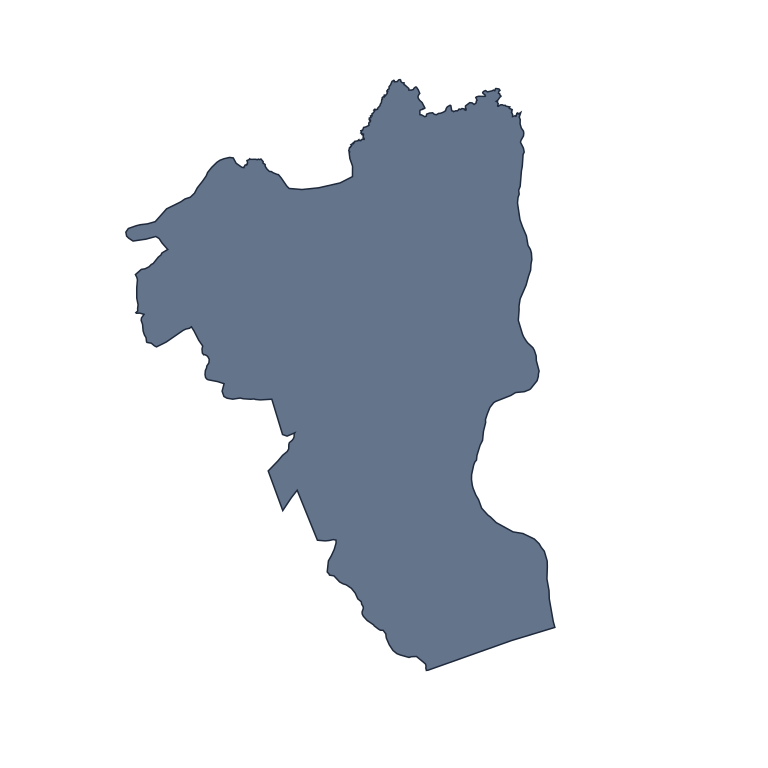 outline of Nandom, Upper West, Ghana, rotated 162°
{"feature_id": "2480657B7958262081913", "entity_name": "Nandom", "entity_type": "district", "adm_level": 2, "iso_a3": "GHA", "parent_name": "Ghana", "parent_adm1": "Upper West", "projection": "mercator", "projection_center": [-2.792, 10.867], "detail": "fine", "context": "isolated", "style": "filled", "palette": "slate", "viewbox_px": 768, "rotation_deg": 162, "n_neighbors": 0, "source": "geoboundaries", "source_scale": "gbopen_adm2", "svg_char_len": 6167}
<svg xmlns="http://www.w3.org/2000/svg" viewBox="0 0 768 768"><g transform="rotate(162 384 384)"><path d="M430.4,98.2L342.0,100.6L296.7,99.7L296.4,105.9L293.2,128.6L290.9,136.5L289.3,148.2L285.2,159.5L283.5,165.2L283.2,175.4L284.9,180.0L285.8,184.1L288.9,190.1L298.1,198.9L307.0,203.5L320.1,217.5L323.9,224.7L325.7,227.2L329.5,235.7L329.8,244.8L331.0,250.1L331.5,257.3L331.3,260.5L330.3,266.1L328.7,270.7L323.7,279.3L321.6,281.8L319.5,283.1L317.7,287.3L311.5,296.1L307.7,299.9L304.0,308.3L299.2,316.0L298.5,318.8L295.0,323.6L290.5,329.0L285.5,332.3L283.3,332.9L266.9,333.9L261.5,335.2L252.8,333.3L247.3,333.7L246.1,334.1L237.4,339.8L234.9,343.5L234.0,345.9L232.5,348.3L231.9,359.1L230.6,363.7L230.6,369.5L231.2,372.6L234.6,378.6L235.5,381.2L236.6,385.6L236.9,388.7L236.6,403.0L232.6,412.8L231.5,416.4L228.2,422.9L218.3,434.1L213.4,441.6L209.4,446.9L207.1,452.7L205.0,456.5L203.3,463.1L203.2,466.8L204.2,471.3L202.8,480.9L203.7,490.9L203.9,498.2L201.1,514.9L198.9,520.0L196.8,522.7L196.0,526.7L193.4,529.9L187.4,544.3L185.3,548.1L180.8,559.3L179.0,561.2L178.5,565.3L179.5,571.7L178.6,573.2L174.7,576.8L173.6,579.2L173.2,581.4L174.3,584.9L174.2,589.3L172.7,593.5L172.9,596.0L170.0,600.0L172.6,599.2L173.0,599.4L173.1,600.5L174.1,600.3L175.5,598.0L176.0,597.9L176.4,598.6L179.1,598.6L178.4,600.6L178.8,603.0L178.2,603.3L178.1,604.7L177.3,605.0L177.3,605.4L179.5,607.3L179.7,607.8L178.7,608.6L182.2,610.6L182.6,611.6L184.0,611.9L185.4,613.1L187.1,613.5L189.4,612.8L189.9,613.0L190.0,613.4L188.7,615.3L189.2,616.9L188.8,617.5L189.8,618.2L187.9,618.8L185.3,620.9L183.9,621.4L183.9,622.3L184.6,623.4L184.3,624.2L185.3,625.2L184.2,627.0L183.0,627.3L183.0,627.7L183.5,629.1L186.3,630.5L186.9,630.2L188.0,628.7L189.0,629.7L190.7,629.4L195.4,629.9L196.7,631.7L198.4,631.6L200.0,630.9L200.1,629.9L198.6,627.7L198.6,626.5L199.3,626.4L205.1,628.4L207.4,628.5L208.2,628.1L207.8,625.1L208.8,624.5L209.5,622.9L211.9,622.0L213.3,624.1L215.5,625.1L220.5,623.3L221.0,622.3L221.0,619.8L221.6,619.1L222.7,620.0L222.5,620.7L224.7,621.9L226.3,621.4L227.0,622.1L228.1,622.2L228.4,621.7L229.8,621.1L231.4,621.7L233.6,621.5L233.9,622.2L234.9,622.7L235.1,623.4L234.4,628.0L235.0,628.7L238.2,628.0L239.6,626.9L241.0,624.9L243.3,624.2L246.6,624.0L248.5,624.5L250.9,623.9L252.8,624.9L253.9,626.9L256.9,627.6L260.0,627.5L261.1,625.7L262.6,625.6L265.1,628.3L266.6,629.1L265.5,632.7L264.9,633.3L262.0,633.3L261.8,633.8L260.5,633.5L259.8,633.8L260.8,639.9L262.5,642.9L263.1,645.3L262.9,646.8L261.6,648.4L260.2,649.3L260.5,653.1L261.4,656.3L262.3,656.7L264.1,656.0L265.2,655.0L267.3,655.1L269.5,655.8L269.1,657.4L271.8,662.0L272.4,662.5L271.9,664.3L273.5,664.8L274.5,666.5L274.2,667.8L274.7,668.6L276.1,668.7L278.0,667.5L280.7,668.2L280.5,669.4L280.8,669.8L282.9,669.3L285.3,666.5L287.4,665.1L287.8,663.5L288.4,662.9L289.4,662.9L290.1,662.0L290.7,661.9L290.8,661.4L290.2,660.8L291.0,660.3L291.1,659.4L293.1,658.1L294.2,658.6L294.2,657.4L295.1,656.9L295.5,657.7L297.5,656.6L297.3,655.6L298.3,655.1L299.5,652.5L301.1,651.2L301.6,650.1L305.0,648.1L305.3,647.3L307.4,647.3L307.7,648.2L308.8,647.8L309.1,647.6L308.6,647.0L308.7,646.4L311.1,644.8L311.8,644.8L312.5,642.9L313.0,643.3L314.0,643.1L314.1,641.4L315.8,641.5L316.4,640.0L316.1,638.9L315.4,639.1L315.5,638.3L316.2,637.6L317.4,637.4L318.1,636.2L318.4,634.6L322.0,634.1L324.1,634.3L325.7,632.2L326.2,632.3L326.7,631.7L327.7,632.0L327.7,630.5L328.5,629.9L328.0,629.5L328.0,628.7L327.1,628.7L326.4,628.0L327.4,627.5L326.8,626.9L327.8,624.6L327.0,623.8L327.3,622.8L329.2,623.5L330.9,622.6L331.2,623.1L332.4,623.2L332.4,624.1L334.0,623.4L336.9,623.8L337.3,623.2L338.5,623.1L338.3,622.4L339.2,621.9L339.8,622.3L341.6,621.8L341.1,620.8L342.1,620.0L342.7,620.0L343.0,619.4L343.8,619.4L345.5,616.6L344.9,615.3L345.6,615.0L346.8,608.9L346.6,600.9L349.9,591.0L363.6,588.8L385.6,590.8L401.9,594.3L413.8,599.3L415.3,602.3L418.1,611.8L419.7,615.8L420.8,616.3L424.3,619.3L425.4,620.8L427.3,621.6L429.1,625.0L429.0,625.6L429.5,626.3L429.6,628.5L429.2,629.5L430.8,631.5L430.2,632.8L431.5,636.0L433.1,635.9L434.0,636.7L435.3,636.5L436.4,637.3L441.8,639.0L442.1,639.7L443.4,639.0L445.3,638.9L445.3,637.0L446.0,635.4L446.8,635.4L447.1,634.7L448.3,635.2L450.0,633.8L450.3,633.1L452.2,634.0L456.4,639.6L457.5,645.6L460.8,647.2L466.6,647.7L470.9,647.5L474.4,646.5L480.9,643.3L486.4,639.7L488.7,636.9L494.0,632.9L500.9,628.3L505.3,624.0L510.5,621.5L516.1,621.5L521.2,620.0L536.6,617.8L551.4,609.1L559.5,609.4L566.5,610.8L570.7,611.1L579.1,610.9L582.6,608.2L583.1,604.2L581.7,601.5L578.5,597.5L565.5,595.3L555.4,594.8L552.9,591.8L551.5,586.6L548.1,578.8L554.8,577.2L556.3,575.6L559.5,574.4L566.3,569.9L568.4,569.6L571.2,568.1L575.7,567.4L579.4,568.0L586.6,564.9L586.1,561.7L586.3,559.3L589.4,552.0L592.6,542.1L593.4,535.3L595.0,532.0L595.6,529.6L598.0,528.5L597.6,527.8L594.4,526.9L590.7,524.4L594.3,521.7L595.3,519.5L595.2,515.3L596.7,508.9L596.7,504.7L596.0,501.6L596.8,497.5L596.6,496.8L592.7,494.7L590.5,491.2L588.9,489.6L578.1,491.2L558.4,497.1L555.4,497.5L551.8,497.1L549.5,497.9L548.3,493.2L546.7,483.0L544.7,476.1L546.3,473.5L547.2,469.5L546.4,467.4L545.3,467.3L543.7,465.6L543.0,464.0L542.6,461.4L544.0,458.2L547.0,455.8L547.8,454.1L549.7,452.1L551.3,448.3L551.7,445.3L550.9,443.3L550.0,442.4L541.5,437.7L536.0,433.7L540.2,427.2L540.1,421.6L537.7,419.0L532.5,416.3L525.1,415.1L522.5,413.5L515.5,410.7L512.1,409.9L511.0,409.0L506.5,407.1L495.4,404.2L496.1,367.3L492.3,364.4L484.0,365.1L484.8,364.4L485.8,361.6L487.1,360.0L488.8,358.8L492.1,357.5L493.2,355.9L494.7,351.7L496.9,349.7L502.5,347.5L508.7,343.6L521.0,337.1L519.4,294.9L507.1,304.6L499.4,309.8L495.6,256.0L488.5,253.0L484.6,252.1L480.3,251.7L477.9,250.4L478.7,247.6L482.5,242.0L487.1,237.0L491.5,233.0L496.1,222.8L495.0,220.3L494.9,219.1L490.9,217.0L487.4,209.5L484.7,206.6L482.0,204.7L478.2,199.8L476.0,194.1L475.3,187.7L472.9,183.9L473.3,181.6L472.6,178.5L473.2,176.7L475.3,174.0L475.8,172.0L475.4,169.4L473.1,164.3L468.3,158.1L468.1,157.1L465.0,152.6L463.6,151.0L460.9,150.0L459.5,145.8L460.3,141.8L459.6,134.4L457.8,127.8L455.1,123.6L452.2,121.2L444.7,116.2L442.2,116.2L437.3,114.8L431.1,105.0L431.1,102.9L432.0,101.0L432.2,98.5L430.4,98.2Z" fill="#64748b" stroke="#1e293b" stroke-width="1.5"/></g></svg>